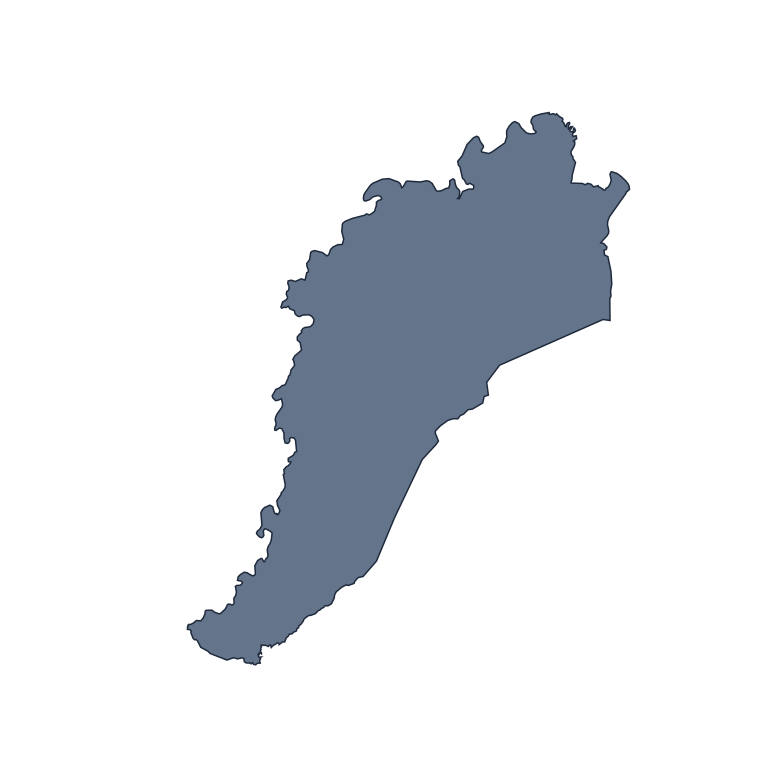 outline of Indenie-Djuablin, Comoe, Ivory Coast, rotated 38°
{"feature_id": "98640826B87987908031267", "entity_name": "Indenie-Djuablin", "entity_type": "district", "adm_level": 2, "iso_a3": "CIV", "parent_name": "Ivory Coast", "parent_adm1": "Comoe", "projection": "robinson", "projection_center": [-3.502, 6.624], "detail": "fine", "context": "isolated", "style": "filled", "palette": "slate", "viewbox_px": 768, "rotation_deg": 38, "n_neighbors": 0, "source": "geoboundaries", "source_scale": "gbopen_adm2", "svg_char_len": 6087}
<svg xmlns="http://www.w3.org/2000/svg" viewBox="0 0 768 768"><g transform="rotate(38 384 384)"><path d="M357.3,65.3L353.7,64.8L353.5,66.2L351.0,66.7L348.4,69.8L347.0,68.4L341.6,74.4L337.9,79.7L336.9,82.2L337.5,85.3L338.7,87.3L342.3,88.7L344.9,91.2L348.8,91.8L349.0,92.6L347.9,94.5L345.5,96.8L341.8,98.4L334.5,97.6L329.8,95.8L325.6,96.6L324.3,98.9L323.9,103.6L324.5,108.1L325.4,110.0L328.5,113.3L330.8,119.6L326.2,134.8L324.6,137.9L318.1,141.0L316.9,140.0L316.5,136.2L315.6,135.1L310.7,133.7L306.6,131.3L304.5,131.7L302.9,134.8L302.0,144.0L305.1,156.1L305.0,163.2L307.9,165.7L310.2,166.2L319.1,173.5L321.7,173.8L325.8,175.6L327.4,174.9L327.9,173.1L328.5,172.9L332.5,172.4L333.8,173.9L334.1,175.7L330.9,178.1L327.5,183.8L329.3,191.5L327.9,192.5L327.9,190.0L325.3,185.8L323.5,184.9L320.3,184.5L317.4,182.8L314.1,179.8L312.1,179.8L310.7,183.4L313.1,186.5L314.3,189.6L312.6,191.5L310.3,196.2L307.9,198.9L306.1,199.4L298.6,196.3L295.0,196.4L292.4,197.6L288.2,202.5L277.6,209.6L276.8,210.7L277.6,216.3L277.2,218.4L273.4,216.2L271.0,216.0L261.5,219.1L256.6,223.6L251.6,232.7L250.9,235.9L251.3,245.0L251.8,247.6L253.6,250.6L255.4,251.8L257.0,251.0L259.2,247.5L260.0,243.6L263.2,239.2L265.6,238.3L268.2,239.4L268.2,240.5L266.5,243.0L266.1,245.4L268.0,247.9L270.3,253.9L268.8,258.9L268.1,259.8L265.4,260.8L265.0,262.7L257.1,273.0L253.4,279.4L252.6,282.3L252.9,283.8L256.8,289.8L263.2,294.8L265.2,299.7L261.9,302.6L259.5,307.4L259.1,310.9L260.8,316.0L260.2,318.2L254.6,318.3L247.3,321.5L245.4,324.1L245.3,325.5L248.8,331.9L248.9,336.5L250.8,338.7L254.6,341.0L255.2,342.5L254.6,343.8L257.8,350.7L254.0,352.1L251.0,357.8L247.0,359.3L245.0,361.8L246.2,363.9L249.2,365.7L250.6,367.7L251.1,369.0L250.4,371.0L251.7,373.4L254.9,375.2L255.2,377.5L253.6,381.7L255.4,386.8L256.6,387.3L258.1,384.9L259.7,384.1L260.6,381.7L263.7,382.7L268.1,381.4L271.1,383.6L274.1,383.7L276.0,382.8L277.6,379.6L282.5,375.5L286.0,375.2L289.3,376.4L291.1,380.1L290.8,383.4L290.2,384.8L286.8,388.2L286.0,390.1L286.0,392.9L287.5,394.2L286.8,396.6L286.7,400.4L288.7,402.8L292.3,402.9L297.8,407.7L298.0,409.1L296.4,416.6L297.0,420.7L298.8,421.5L302.1,424.4L302.1,430.1L304.3,434.7L303.9,436.6L304.8,438.1L306.4,444.6L306.5,445.7L304.7,448.0L304.0,451.5L302.1,454.9L303.2,462.2L304.8,463.3L308.7,463.9L310.1,462.6L312.3,458.8L316.4,462.2L317.8,464.6L318.2,473.4L318.9,476.5L320.3,479.2L323.8,482.0L324.8,485.5L326.2,487.6L327.5,487.1L328.6,483.4L330.9,482.0L335.4,484.3L338.6,488.3L342.3,491.3L344.6,490.2L345.1,488.7L344.8,486.8L343.2,485.2L343.6,483.5L346.6,481.9L348.9,482.8L356.7,491.0L355.8,492.5L356.4,496.1L354.3,501.5L355.9,503.6L356.6,504.0L358.5,502.7L359.1,504.1L358.8,507.6L358.0,509.4L357.8,513.2L360.7,516.0L360.4,517.4L367.8,523.8L369.6,526.4L370.3,530.3L370.0,533.0L370.9,534.6L371.4,541.9L374.9,545.3L379.7,547.6L380.8,550.6L380.6,551.8L379.8,552.0L380.4,552.6L377.6,553.1L375.5,552.1L372.0,549.2L368.7,549.7L365.9,554.9L365.6,558.0L366.2,561.2L374.8,570.5L375.5,574.8L374.8,578.0L375.3,580.0L376.3,580.6L380.2,581.2L382.3,580.4L382.7,579.5L382.6,577.4L379.4,574.1L379.1,571.9L379.6,571.1L384.2,570.1L387.5,570.2L391.1,576.1L392.4,579.8L392.8,583.4L394.1,586.6L398.0,590.4L399.0,592.7L398.5,594.5L399.3,597.5L398.6,598.0L395.3,596.7L394.5,597.1L393.1,600.9L394.1,606.8L398.9,612.0L399.6,613.0L399.6,614.7L398.4,616.2L392.0,617.1L389.7,618.4L388.1,622.8L387.8,625.8L389.5,629.0L392.8,627.3L394.6,627.5L395.0,628.2L394.8,630.9L391.9,633.5L391.5,635.0L395.9,638.9L397.4,642.2L397.6,645.4L400.7,648.8L401.0,650.7L400.2,651.9L398.4,652.2L396.8,653.3L396.5,654.3L397.5,658.7L396.6,664.9L395.7,666.6L390.8,668.2L387.7,668.1L383.2,671.8L383.0,673.2L384.4,675.1L385.5,679.3L385.5,683.4L381.7,685.9L381.2,689.0L379.7,692.5L378.2,693.6L378.0,694.5L378.7,695.3L378.4,695.9L380.2,698.4L382.4,697.0L383.6,697.1L385.0,698.9L390.0,701.9L392.1,702.2L393.3,701.2L394.6,701.0L401.7,704.3L409.6,703.0L412.9,703.4L430.2,698.2L434.0,692.3L437.8,690.8L440.8,687.1L442.7,686.7L444.8,688.8L447.0,688.7L449.8,686.7L451.6,686.3L451.9,684.5L453.8,685.2L455.7,684.3L456.2,681.8L458.3,680.2L456.1,678.4L456.0,676.6L454.9,676.1L455.3,674.8L453.6,676.2L452.3,675.6L452.1,674.2L451.4,674.5L451.1,673.3L452.7,671.9L453.5,672.0L453.0,671.3L450.8,670.8L450.7,669.1L449.5,668.2L449.1,666.2L448.0,665.5L448.7,664.4L449.7,664.3L451.7,662.7L454.4,662.1L454.7,659.9L455.3,659.5L457.4,661.0L457.5,658.8L459.6,653.3L461.2,653.2L461.8,653.9L463.0,649.4L464.6,648.4L463.3,644.3L463.8,642.1L463.5,639.5L465.4,637.4L465.6,635.1L467.0,632.7L466.1,630.5L466.7,628.5L465.9,626.9L466.5,624.3L466.3,620.3L465.7,619.0L466.2,616.0L467.3,612.6L468.9,611.2L471.4,607.0L471.7,603.0L472.6,601.8L473.0,599.3L474.0,597.3L474.1,594.9L476.5,593.2L477.9,589.5L476.5,583.2L475.0,580.8L474.3,577.3L475.7,570.5L477.6,566.0L480.1,564.5L483.2,559.5L482.5,557.9L482.8,552.5L486.0,548.6L487.1,528.2L474.6,482.8L460.6,419.9L462.3,399.3L462.0,395.4L454.6,391.1L453.4,389.2L454.2,382.1L456.7,373.4L459.9,368.7L463.6,366.0L463.5,362.1L465.3,358.6L466.0,352.6L469.1,349.3L473.5,338.2L470.6,332.2L473.1,328.5L463.9,319.5L463.5,298.0L516.9,198.3L523.0,194.8L509.6,178.0L508.6,174.8L505.4,171.4L502.1,165.2L493.4,155.4L482.0,145.8L478.3,146.5L475.1,143.3L476.3,140.9L475.3,138.8L470.8,138.0L467.8,139.3L468.5,129.9L468.1,126.9L466.7,124.8L461.9,120.8L460.1,117.9L458.7,113.6L457.3,84.7L456.8,83.7L457.7,79.6L455.6,77.4L453.6,76.2L449.9,75.2L443.7,74.5L438.1,74.6L432.8,76.5L432.4,77.2L432.9,79.6L437.4,83.4L438.6,85.8L439.3,88.8L439.3,91.5L438.5,93.3L438.9,94.9L437.4,96.1L436.5,95.6L431.6,96.4L430.7,95.8L427.8,99.6L424.3,99.1L421.0,100.4L419.9,103.1L416.7,103.9L407.9,110.4L407.1,110.0L406.5,107.7L403.6,103.2L398.5,91.5L394.0,89.9L392.7,88.5L390.6,88.1L388.3,85.9L387.6,80.2L386.7,77.6L385.1,75.7L383.7,75.8L384.8,72.0L382.6,70.1L380.4,72.5L379.0,71.6L378.5,69.8L379.1,67.8L378.6,66.1L376.4,65.1L375.9,65.6L377.5,68.5L377.3,69.3L375.4,70.3L374.4,69.8L374.0,65.2L372.7,66.2L372.6,69.5L372.0,69.4L370.5,67.1L369.9,64.2L369.1,63.7L368.0,65.3L368.2,67.7L369.1,69.0L368.4,69.5L364.6,67.4L362.8,67.4L362.2,65.5L361.0,64.7L357.3,65.3Z" fill="#64748b" stroke="#1e293b" stroke-width="1.5"/></g></svg>